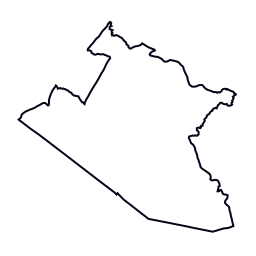 outline of Emurua Dikirr, Rift Valley, Kenya, rotated 178°
{"feature_id": "3690345B94519254853834", "entity_name": "Emurua Dikirr", "entity_type": "district", "adm_level": 2, "iso_a3": "KEN", "parent_name": "Kenya", "parent_adm1": "Rift Valley", "projection": "mercator", "projection_center": [35.07, -1.004], "detail": "fine", "context": "isolated", "style": "outline", "palette": "ink", "viewbox_px": 256, "rotation_deg": 178, "n_neighbors": 0, "source": "geoboundaries", "source_scale": "gbopen_adm2", "svg_char_len": 5792}
<svg xmlns="http://www.w3.org/2000/svg" viewBox="0 0 256 256"><g transform="rotate(178 128 128)"><path d="M141.8,61.9L140.8,63.2L134.7,56.5L131.3,53.7L125.9,49.2L117.2,41.9L113.2,38.6L110.8,36.5L106.1,35.4L96.7,33.2L95.4,32.9L92.2,32.2L85.6,30.6L74.8,28.1L65.2,25.7L58.3,24.1L55.9,23.5L46.9,21.4L35.8,24.3L31.2,24.6L26.1,26.3L26.7,29.1L27.3,32.5L28.1,36.1L28.4,37.7L28.4,38.5L28.7,39.7L29.0,40.7L29.2,41.4L29.4,42.2L29.5,43.1L29.5,44.8L29.9,45.7L31.0,46.9L31.7,47.5L32.3,48.0L33.2,49.1L33.7,49.9L33.7,50.8L33.3,51.8L32.7,52.7L31.6,53.8L31.3,54.5L31.0,55.4L30.7,56.6L30.8,57.4L31.7,57.9L34.1,58.2L35.1,58.6L35.7,59.5L36.2,61.0L37.2,62.9L38.0,62.9L38.6,62.2L39.7,61.5L40.7,61.6L40.4,62.5L39.4,66.6L38.4,66.8L38.5,68.7L39.1,70.5L40.1,72.3L41.5,73.0L42.6,73.1L43.8,73.0L44.8,72.8L46.1,72.7L46.9,73.2L47.5,73.7L47.5,74.5L47.0,75.3L47.1,76.5L47.4,78.0L47.8,78.7L48.2,79.4L50.6,81.3L53.9,83.7L55.8,85.2L56.8,86.4L57.0,87.4L57.2,88.3L57.5,89.5L57.9,90.9L58.2,91.8L58.4,92.5L58.7,93.8L59.3,94.9L59.5,96.2L59.7,97.2L59.8,98.2L60.0,99.1L60.3,99.8L60.5,100.6L60.8,101.5L61.3,102.6L61.5,103.3L61.7,104.1L61.7,105.1L61.8,105.9L62.2,106.6L62.7,107.7L63.2,108.5L63.7,109.2L64.6,109.9L65.4,110.5L66.5,113.4L67.4,115.5L67.5,116.5L67.1,117.4L66.2,117.6L65.0,118.0L63.5,118.2L62.5,117.9L61.3,118.3L60.1,118.1L59.4,117.8L58.5,118.5L57.7,119.0L57.7,120.3L57.5,121.2L57.8,122.0L58.4,122.8L59.1,123.1L59.4,124.4L59.1,125.5L58.4,125.8L57.4,125.9L56.4,125.5L55.6,125.4L55.1,126.0L55.5,126.8L55.0,127.6L54.2,127.8L53.4,127.7L53.5,128.5L53.2,129.3L52.7,129.9L52.2,130.7L51.7,131.6L51.1,132.2L51.0,132.9L51.4,133.8L50.6,134.7L50.0,135.2L49.3,135.8L48.9,136.6L48.9,137.5L48.2,138.2L47.3,138.7L46.4,139.0L46.0,140.0L45.4,140.8L44.7,141.5L44.1,141.9L43.4,142.1L43.3,142.9L42.6,143.1L42.0,144.3L40.9,144.5L39.9,145.1L38.7,144.6L38.6,145.3L38.0,146.1L37.5,147.1L37.2,147.8L36.3,148.4L35.6,149.0L35.1,149.8L34.2,150.0L33.2,149.9L32.6,149.2L31.6,148.7L30.7,148.4L29.9,148.3L29.1,148.2L28.4,148.6L28.0,147.8L27.4,146.9L26.6,146.8L25.8,146.6L24.7,147.0L23.7,147.3L23.1,147.9L23.6,148.9L23.6,149.7L22.9,150.1L22.6,150.8L23.0,151.7L22.5,152.2L22.1,152.9L21.8,153.8L21.3,154.3L21.7,155.0L22.1,155.6L21.4,156.2L20.4,156.8L19.7,157.2L19.0,157.7L19.4,158.5L20.2,158.4L20.9,158.9L20.9,159.9L21.7,160.6L22.8,161.1L23.6,161.5L24.4,161.7L25.4,162.3L26.2,162.7L27.0,163.3L27.8,163.6L28.2,163.0L28.8,163.5L29.8,163.8L30.8,163.8L31.9,163.4L32.6,162.9L33.0,162.3L33.3,161.6L33.9,161.1L34.7,160.5L35.4,160.3L36.0,160.7L36.8,160.5L37.7,160.1L38.3,160.7L39.2,160.9L40.5,160.8L41.2,160.9L42.4,161.5L43.5,162.1L44.7,162.5L47.2,163.4L49.2,164.8L50.0,165.5L51.5,167.5L52.2,168.3L53.0,168.4L54.5,168.4L56.0,168.2L56.7,168.0L57.7,167.3L58.5,167.2L59.6,167.0L60.4,167.1L61.6,167.0L62.7,167.2L63.9,168.2L64.8,169.0L65.4,169.9L66.1,172.4L66.7,174.5L66.9,176.6L68.0,179.1L69.8,183.3L70.0,184.1L70.6,186.1L70.7,187.1L71.6,188.1L72.9,189.2L74.6,191.3L75.4,192.1L76.6,192.7L78.7,193.3L80.8,193.9L82.1,194.2L83.6,194.5L84.5,194.0L85.4,193.5L87.0,193.0L88.0,193.0L89.2,193.1L90.4,194.1L91.0,194.8L91.7,195.7L92.7,196.4L93.6,196.8L95.5,197.9L96.6,198.2L97.8,198.2L99.5,198.6L102.0,199.4L103.4,199.8L103.8,200.8L103.2,201.8L102.1,202.8L100.4,203.9L99.4,204.1L98.4,204.6L99.0,205.5L100.6,206.1L104.8,208.0L106.0,208.8L108.1,210.2L109.6,211.2L111.0,212.1L111.6,211.3L112.6,210.4L113.5,210.2L114.5,209.8L115.7,209.5L116.9,209.5L117.7,209.3L118.7,209.0L119.7,208.7L120.7,208.3L121.5,207.7L122.2,207.4L123.1,207.2L123.9,207.9L124.7,208.8L124.7,209.8L125.2,210.5L126.0,211.1L126.7,211.9L126.8,212.6L126.9,213.4L127.7,214.2L128.6,215.1L129.3,215.9L129.9,216.6L130.3,217.3L130.9,218.1L131.7,218.6L132.4,218.9L133.2,219.4L133.9,220.0L134.7,220.5L135.4,220.9L136.6,221.3L137.6,220.9L138.5,220.6L139.6,221.3L140.6,221.0L140.9,221.9L141.0,222.8L140.3,223.5L140.9,223.9L141.0,224.7L140.8,225.6L140.0,226.3L140.9,226.8L141.8,226.9L142.8,227.3L142.6,228.0L143.0,228.9L142.7,229.9L142.0,230.2L140.9,230.5L141.4,231.3L141.8,232.0L141.6,232.7L141.1,233.4L141.6,234.3L142.5,234.6L144.2,232.9L145.4,230.6L147.8,227.9L149.0,226.9L150.6,225.1L152.6,222.3L153.3,221.1L153.9,220.4L155.3,219.3L157.0,217.9L159.9,214.3L161.7,212.4L163.2,210.8L163.9,209.9L164.8,209.1L165.3,208.4L165.6,207.6L165.4,206.9L164.3,207.0L163.4,206.8L162.7,206.5L162.0,205.9L162.0,204.9L161.4,204.0L160.4,203.5L159.7,203.0L158.8,202.4L157.5,202.5L156.8,202.8L155.8,203.2L154.7,202.8L153.9,202.9L153.3,202.6L152.2,202.4L150.8,202.7L149.8,202.5L149.1,202.0L148.3,201.7L147.2,201.3L146.3,200.8L145.3,200.3L144.2,200.1L143.6,199.5L143.4,198.3L144.1,197.4L145.3,196.0L146.1,194.8L147.8,192.0L149.1,189.2L150.5,186.6L152.2,184.2L152.8,183.4L154.7,179.9L157.1,176.1L158.7,173.6L160.6,170.9L164.3,165.2L166.7,161.0L169.0,157.5L170.2,155.1L170.6,153.4L171.2,153.9L171.6,154.7L172.2,155.3L173.1,155.4L173.5,156.2L174.2,157.1L174.7,158.1L175.3,158.8L175.7,159.7L176.2,160.6L176.4,161.3L177.3,161.6L178.6,161.7L179.7,162.1L180.4,162.3L181.2,162.5L181.8,163.1L182.4,163.5L182.9,164.5L183.9,165.5L185.0,165.9L185.8,166.5L186.2,167.2L186.9,167.7L187.6,167.8L188.2,168.3L188.7,168.7L189.6,168.9L190.4,169.3L191.2,169.7L192.0,169.4L192.6,169.8L193.4,169.8L194.4,170.3L195.7,169.9L196.8,169.8L197.1,170.9L197.7,171.8L198.0,172.5L198.6,173.0L199.3,171.7L200.5,170.3L201.8,168.6L203.2,166.1L204.6,162.9L205.3,161.1L205.9,159.0L206.2,155.1L206.5,153.5L207.4,153.4L208.7,154.8L209.9,155.8L211.1,156.0L212.9,155.5L215.3,154.2L218.2,152.8L220.1,151.7L223.3,150.4L225.0,149.9L227.3,149.0L230.1,147.8L231.4,146.9L232.1,146.4L233.1,145.7L233.9,144.8L234.2,143.8L234.3,142.9L234.7,142.2L235.3,141.7L237.0,140.2L225.6,130.8L216.5,123.9L215.0,122.6L211.0,119.4L202.0,112.0L193.0,104.6L191.5,103.4L184.4,97.5L175.7,90.3L170.0,85.6L167.6,83.6L160.0,77.3L151.5,70.4L143.6,63.9L141.8,61.9Z" fill="none" stroke="#020617" stroke-width="2"/></g></svg>